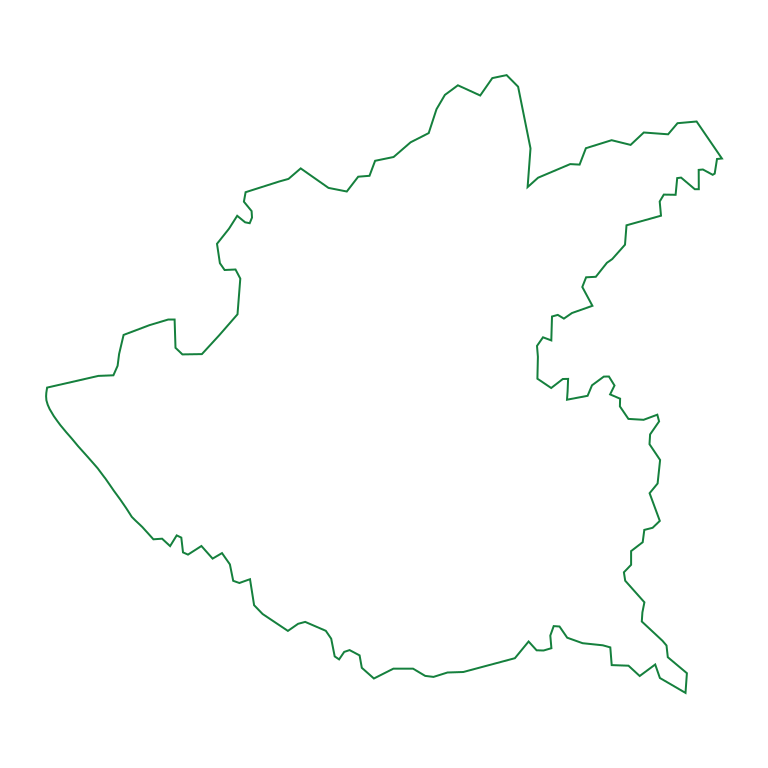 the district of Lorenzo Geyres, Paysandú, Uruguay
{"feature_id": "84410073B97656346640878", "entity_name": "Lorenzo Geyres", "entity_type": "district", "adm_level": 2, "iso_a3": "URY", "parent_name": "Uruguay", "parent_adm1": "Paysandú", "projection": "orthographic", "projection_center": [-57.922, -32.146], "detail": "fine", "context": "isolated", "style": "outline", "palette": "green", "viewbox_px": 768, "rotation_deg": 0, "n_neighbors": 0, "source": "geoboundaries", "source_scale": "gbopen_adm2", "svg_char_len": 2542}
<svg xmlns="http://www.w3.org/2000/svg" viewBox="0 0 768 768"><path d="M659.1,421.4L657.3,414.7L643.6,419.8L628.4,418.9L619.9,406.4L620.1,398.7L610.1,394.4L614.5,385.5L608.9,376.5L603.8,376.6L592.0,385.3L587.6,395.8L567.0,399.7L567.6,391.2L568.1,378.9L562.8,379.0L551.2,388.0L537.4,378.7L537.9,356.8L537.0,345.9L543.0,337.3L551.3,340.4L552.0,316.5L557.8,314.9L563.9,318.6L572.0,313.0L592.4,305.8L582.3,287.0L586.1,277.3L595.8,276.8L606.9,262.8L612.2,259.1L625.0,244.7L626.5,225.3L661.0,215.7L659.7,201.5L663.8,194.6L675.6,194.8L677.2,178.1L681.1,177.6L694.8,189.2L698.8,189.2L698.7,169.9L702.9,169.5L712.7,174.8L714.7,173.6L717.0,159.0L721.9,158.5L696.6,121.5L677.5,123.2L668.1,134.3L643.8,132.5L630.6,144.9L611.6,140.2L585.9,148.2L579.6,164.6L570.2,164.1L538.1,177.7L527.6,187.1L530.5,148.4L518.1,86.7L506.6,75.1L492.3,78.1L480.2,95.5L457.9,85.3L444.9,94.9L436.5,109.2L428.7,133.1L410.6,142.3L393.6,157.0L375.1,160.8L369.5,175.8L358.2,176.7L346.8,191.5L328.5,187.9L300.7,168.4L288.5,178.9L279.2,181.5L245.6,192.2L243.9,201.7L251.6,211.1L252.0,217.6L249.7,223.2L245.1,222.3L237.2,215.8L229.0,228.7L217.0,243.8L219.9,263.2L224.6,270.0L235.5,269.5L240.3,278.6L237.5,314.3L219.1,335.4L201.9,354.1L182.4,354.4L175.5,347.8L174.6,319.5L168.3,319.5L149.6,325.1L123.6,334.9L119.1,354.0L117.6,365.8L113.4,375.3L98.4,375.9L47.1,387.6L46.3,392.9L46.1,396.2L46.4,400.3L47.7,404.7L49.6,409.0L53.8,416.1L57.5,421.3L60.4,425.2L66.2,432.2L71.8,438.6L78.2,446.3L88.5,457.8L97.6,468.2L104.1,476.9L105.3,478.4L110.3,485.6L113.8,490.7L120.1,499.3L126.3,508.3L131.8,516.9L135.2,520.3L142.3,527.0L145.9,531.0L147.2,532.4L153.4,539.3L162.1,538.7L170.1,546.1L176.7,535.4L181.3,537.6L183.0,552.4L188.0,554.6L201.4,546.0L212.6,558.6L222.0,553.1L229.9,564.4L233.2,580.8L239.3,583.0L250.0,579.2L251.6,589.3L254.1,605.2L262.6,614.0L287.9,630.9L298.1,623.8L305.2,621.9L325.8,630.8L331.2,638.7L334.7,656.4L339.1,659.4L344.2,651.9L349.6,650.1L359.6,655.4L361.8,667.8L373.9,678.5L393.3,668.7L413.1,668.7L425.2,675.9L433.5,676.9L447.5,672.5L463.3,672.0L514.9,658.2L528.6,641.5L536.6,650.3L543.6,650.5L551.4,648.2L550.3,635.6L553.7,626.1L559.5,626.5L567.2,637.7L582.6,643.2L602.8,645.3L610.3,647.4L611.7,665.1L628.5,665.7L639.7,676.0L655.2,664.5L659.9,678.0L685.5,692.9L686.9,673.2L667.8,657.2L666.5,645.5L662.5,640.8L641.8,621.5L642.4,612.4L644.4,602.3L625.2,580.7L623.9,572.3L631.1,564.8L631.1,551.1L642.7,542.2L644.3,529.9L652.6,527.8L659.8,520.9L649.6,493.2L657.6,483.5L660.1,460.0L649.5,444.2L650.1,434.4L659.1,421.4Z" fill="none" stroke="#15803d" stroke-width="2"/></svg>